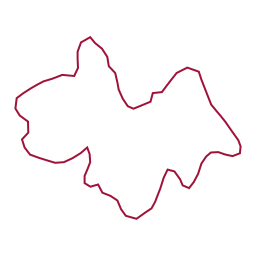 the district of São José da Lapa, Minas Gerais, Brazil
{"feature_id": "56859067B3782991580479", "entity_name": "São José da Lapa", "entity_type": "district", "adm_level": 2, "iso_a3": "BRA", "parent_name": "Brazil", "parent_adm1": "Minas Gerais", "projection": "mercator", "projection_center": [-43.99, -19.696], "detail": "fine", "context": "isolated", "style": "outline", "palette": "rose", "viewbox_px": 256, "rotation_deg": 0, "n_neighbors": 0, "source": "geoboundaries", "source_scale": "gbopen_adm2", "svg_char_len": 1128}
<svg xmlns="http://www.w3.org/2000/svg" viewBox="0 0 256 256"><path d="M90.2,37.2L81.0,42.4L77.6,51.7L77.6,58.7L78.0,67.9L74.2,76.0L62.2,74.9L52.4,78.7L43.4,81.4L36.8,84.9L30.6,88.5L23.3,93.2L16.7,98.1L15.4,108.5L19.7,115.5L28.0,121.6L28.3,132.6L22.0,139.4L24.6,147.5L30.0,154.6L39.1,157.9L48.1,160.7L55.1,162.8L63.8,162.2L72.5,158.2L80.6,153.2L87.2,147.5L89.6,154.0L90.2,162.2L87.6,168.9L84.6,175.9L84.6,183.1L90.4,186.7L98.1,184.5L102.4,192.7L110.5,195.9L117.4,200.5L121.0,209.1L125.8,215.8L136.5,218.8L145.5,212.4L151.5,208.4L155.2,201.7L157.5,195.6L160.3,188.5L163.7,177.7L167.6,169.6L174.4,171.4L180.0,179.1L182.7,185.4L189.1,188.1L193.8,182.0L198.1,173.9L201.4,163.6L206.2,156.5L210.9,152.5L218.2,152.1L225.5,154.6L232.6,156.1L239.9,153.3L240.6,146.4L238.3,140.2L231.6,130.8L225.5,122.0L221.2,116.6L216.8,111.4L211.2,104.6L206.7,93.2L201.4,79.6L198.8,71.7L187.3,67.6L176.6,73.0L171.4,79.6L166.7,85.7L161.9,92.1L152.8,93.1L150.5,101.7L142.8,104.9L133.5,108.7L127.8,106.2L122.8,98.8L118.7,89.6L117.4,82.5L115.2,73.0L108.8,66.2L107.3,56.9L102.0,48.7L95.1,43.1L90.2,37.2Z" fill="none" stroke="#9f1239" stroke-width="2"/></svg>